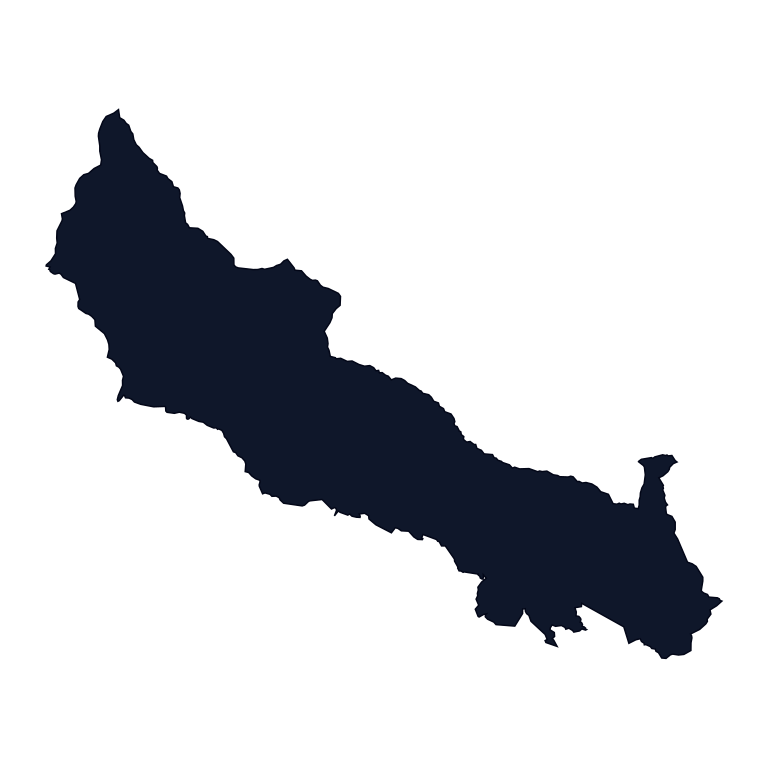 outline of Izvoarele, Prahova, Romania
{"feature_id": "2599482B60972398280668", "entity_name": "Izvoarele", "entity_type": "district", "adm_level": 2, "iso_a3": "ROU", "parent_name": "Romania", "parent_adm1": "Prahova", "projection": "mercator", "projection_center": [25.925, 45.31], "detail": "fine", "context": "isolated", "style": "filled", "palette": "ink", "viewbox_px": 768, "rotation_deg": 0, "n_neighbors": 0, "source": "geoboundaries", "source_scale": "gbopen_adm2", "svg_char_len": 6086}
<svg xmlns="http://www.w3.org/2000/svg" viewBox="0 0 768 768"><path d="M690.9,650.5L691.0,642.8L691.9,637.9L691.6,635.8L690.5,634.0L699.7,629.4L705.8,623.9L707.4,621.4L707.2,619.1L710.9,614.1L710.0,609.9L716.6,605.8L721.9,601.1L720.1,600.4L719.3,598.8L717.4,597.8L708.9,597.1L707.5,594.5L703.7,593.0L701.6,591.3L701.3,590.2L702.8,581.0L702.8,577.2L696.2,566.5L692.2,563.8L687.5,562.2L677.6,539.0L673.9,533.1L675.2,529.6L675.2,522.1L671.9,516.4L666.9,514.4L666.3,513.2L665.6,507.5L666.1,505.7L667.5,504.9L665.5,502.2L664.2,498.0L664.9,495.3L662.7,489.9L663.4,488.3L662.9,486.5L663.4,485.4L658.8,477.8L663.0,475.8L667.8,471.7L669.3,469.3L669.6,467.4L673.3,463.6L677.0,462.0L675.2,460.6L671.9,455.5L668.1,455.9L667.0,455.0L665.5,455.5L662.7,454.8L654.8,456.9L652.9,458.4L651.5,457.6L641.4,459.3L638.8,461.2L638.5,461.7L643.5,465.6L644.4,467.1L645.3,474.8L644.1,484.1L641.9,487.9L640.4,493.0L640.2,496.7L639.2,500.2L639.2,505.1L638.2,508.7L634.3,508.1L633.3,504.3L629.9,504.0L627.9,504.7L624.2,503.3L620.9,504.0L619.2,503.2L617.0,504.2L613.1,503.7L608.4,494.3L600.7,491.7L597.0,487.2L591.9,484.0L586.0,482.5L582.2,483.0L579.1,481.4L577.3,481.6L573.1,476.8L570.7,476.2L568.2,477.0L559.7,476.7L557.7,475.5L553.3,474.8L546.9,471.1L542.2,471.6L539.6,471.0L537.7,471.7L529.0,468.6L519.6,468.9L514.7,467.2L512.4,468.1L509.4,464.8L502.5,462.5L501.5,461.4L497.8,460.2L496.3,458.2L494.1,457.7L492.5,454.6L484.1,453.9L481.4,450.3L476.9,448.4L475.7,444.5L474.0,444.5L470.1,441.5L466.7,442.1L464.3,440.2L463.4,439.2L463.8,436.6L461.3,434.6L460.8,431.8L459.3,431.0L457.1,426.6L454.8,425.8L454.0,423.7L454.8,421.6L454.0,418.5L451.0,414.0L444.7,411.7L443.5,408.6L439.4,406.3L438.4,402.9L433.8,401.3L431.3,397.2L428.7,394.7L422.7,393.3L421.2,391.1L419.3,390.4L415.4,386.9L407.6,383.3L404.7,380.5L401.2,378.6L395.7,378.1L391.3,379.9L388.3,376.2L385.5,375.2L382.2,372.6L379.4,372.8L378.6,370.4L376.0,370.8L373.7,367.7L369.8,365.6L364.5,366.2L359.0,364.5L352.1,361.0L347.2,361.4L340.7,358.3L336.1,358.8L335.4,357.7L330.3,356.4L329.0,350.3L327.5,347.1L328.0,343.6L327.3,338.1L324.2,331.3L329.9,322.7L332.0,317.8L332.3,313.6L336.1,308.7L340.1,305.3L340.5,296.4L338.4,293.4L328.3,288.5L323.0,287.2L320.4,285.2L317.4,280.8L315.5,280.1L312.4,280.4L310.2,279.3L306.1,276.1L301.5,270.8L295.0,270.2L294.1,267.9L287.4,259.3L283.9,260.9L280.5,264.3L276.6,265.5L273.5,267.4L264.6,269.3L262.0,268.5L258.0,269.5L253.4,269.6L238.2,267.9L235.5,266.8L233.9,264.8L233.8,258.1L231.0,254.4L217.5,241.5L213.8,239.7L207.6,238.4L207.4,236.6L205.8,236.0L202.8,231.3L197.9,228.3L189.4,227.8L187.6,224.4L185.6,222.8L184.4,215.7L184.7,213.0L183.4,210.6L182.5,205.9L179.7,197.6L180.1,193.4L179.3,189.9L177.9,188.0L173.4,186.7L171.9,181.7L167.9,178.6L166.5,176.1L159.5,173.4L157.2,170.1L157.4,168.1L156.9,166.6L152.8,162.5L152.6,160.3L149.2,158.4L142.9,152.6L139.0,147.2L136.3,144.8L133.8,139.7L132.8,133.9L130.8,131.4L128.7,125.2L126.2,123.4L123.9,120.2L119.7,117.7L118.5,109.6L113.7,113.2L106.2,116.5L102.8,121.5L99.8,129.1L98.6,133.2L98.4,136.2L99.8,145.9L99.8,151.1L101.5,159.8L100.7,165.1L94.1,168.5L88.5,173.4L83.8,174.7L79.7,178.4L76.2,184.7L75.0,188.0L75.2,196.3L76.2,201.4L75.8,203.5L73.4,207.1L69.9,210.3L61.5,213.7L62.4,218.9L62.0,220.8L57.0,230.8L56.7,238.1L57.2,243.0L55.4,248.4L55.5,253.7L50.9,260.9L46.4,264.8L46.1,266.0L50.1,267.0L48.8,269.3L49.7,269.6L50.4,271.5L53.5,273.7L55.0,274.1L59.2,273.1L61.0,274.2L63.4,277.5L75.5,283.4L79.7,299.5L78.1,302.0L78.0,306.4L78.7,308.5L85.9,313.4L88.7,314.2L91.7,316.3L94.9,319.7L95.4,326.2L104.4,333.6L107.5,339.8L108.9,344.4L109.2,349.5L107.4,357.2L111.8,359.1L115.6,362.8L116.4,365.8L118.8,367.1L120.6,369.2L123.5,376.3L122.5,380.3L122.6,385.5L118.3,395.6L117.3,399.7L117.9,401.3L119.2,400.7L123.6,395.2L124.6,395.6L125.5,397.8L129.1,398.1L132.1,399.5L134.4,402.0L140.7,404.3L153.6,406.8L165.1,406.4L165.6,407.2L165.8,411.0L167.0,412.3L174.4,413.3L179.3,412.2L184.5,413.3L186.5,415.1L186.5,418.2L187.2,419.1L188.6,419.0L190.5,417.1L191.9,418.5L198.8,421.4L203.3,422.2L207.2,425.3L213.7,428.0L216.3,427.8L217.6,429.3L218.7,428.9L221.9,430.4L223.6,433.3L224.5,436.7L226.5,438.7L233.4,451.8L235.7,452.6L237.9,455.8L241.9,457.7L244.8,461.0L245.8,464.0L245.2,471.6L248.7,472.5L251.7,475.9L255.7,478.8L259.7,480.2L260.1,481.7L259.2,484.8L259.3,486.2L262.6,493.8L265.0,492.9L270.0,494.3L271.9,496.3L276.2,496.1L279.2,497.7L280.1,499.9L283.6,503.2L302.2,505.9L304.6,505.1L308.6,501.3L310.2,500.8L322.1,499.5L331.5,509.0L334.4,507.6L335.8,508.2L336.6,510.1L334.4,515.9L338.3,511.0L340.1,512.3L347.8,515.1L349.6,514.0L352.0,516.2L356.4,517.2L360.0,517.4L360.2,516.2L359.2,514.0L364.7,513.3L368.6,515.7L369.0,519.0L375.9,524.8L391.4,532.8L395.3,527.7L398.1,528.5L401.3,530.8L408.7,531.2L413.8,536.9L417.6,539.4L422.4,539.6L422.8,538.5L421.6,537.9L423.0,534.5L436.5,539.5L437.8,541.3L439.2,541.6L441.5,545.9L445.3,545.9L454.4,559.0L454.6,561.2L457.9,567.1L457.7,568.1L459.1,570.9L461.0,571.0L463.1,572.3L464.2,571.9L478.2,574.1L478.0,574.7L479.8,576.3L480.3,578.0L482.2,579.1L483.0,578.9L482.5,578.5L483.4,577.6L483.3,574.7L486.3,578.2L481.6,582.1L477.9,587.2L478.3,590.0L477.4,593.4L477.7,595.8L476.1,599.1L478.7,605.2L475.3,609.2L478.1,616.4L479.1,617.0L483.7,614.4L486.5,613.8L485.4,615.2L485.3,616.8L487.6,619.2L493.8,622.1L496.0,624.6L514.8,626.1L522.6,613.5L522.6,609.0L525.2,608.7L525.4,611.3L526.6,613.6L528.9,615.4L531.0,621.3L545.1,634.4L547.2,639.5L545.1,640.6L545.9,642.5L557.1,646.4L553.7,640.1L552.2,638.8L554.6,636.4L554.3,632.5L550.0,629.8L550.3,627.8L552.1,624.9L555.5,626.3L561.5,625.5L565.0,627.4L565.8,629.2L568.9,628.2L572.6,630.5L573.8,632.1L579.6,630.9L581.8,628.9L585.5,630.1L586.5,629.6L585.4,629.1L585.6,628.2L584.1,626.9L581.9,626.1L582.5,624.4L581.5,622.5L580.2,622.2L580.9,619.4L580.5,618.3L578.8,616.4L576.0,615.9L576.3,612.0L574.9,607.7L581.4,606.6L581.7,603.3L623.8,626.8L628.9,643.3L635.8,639.8L640.2,638.7L641.5,641.5L644.1,643.2L644.3,644.8L645.9,644.6L650.4,646.6L651.8,648.5L655.2,649.0L656.0,651.3L658.5,652.7L661.7,658.0L666.0,658.4L670.4,654.8L672.7,654.1L678.5,655.0L683.9,654.4L690.9,650.5Z" fill="#0f172a" stroke="#020617" stroke-width="1.5"/></svg>